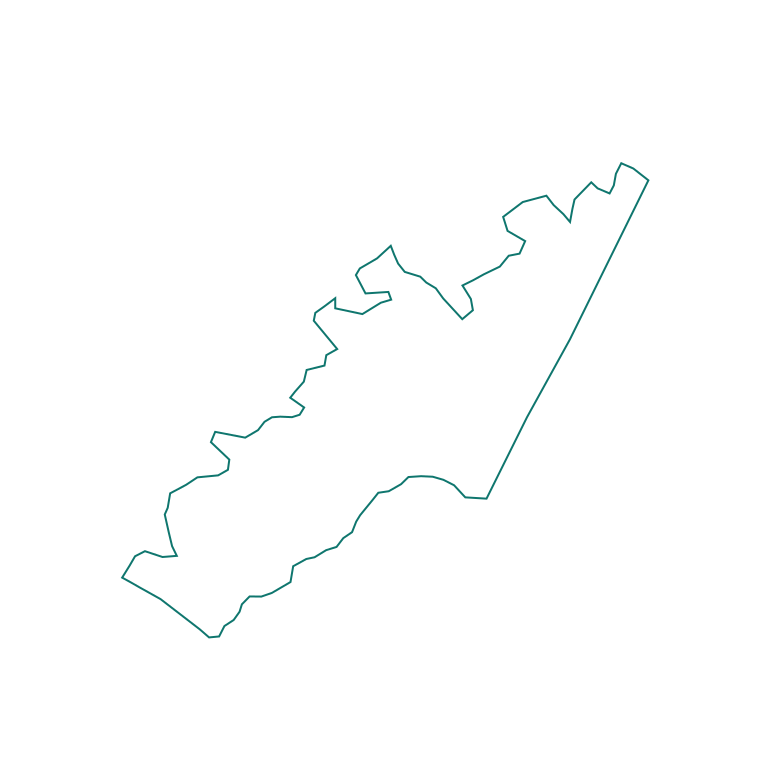 the district of Entre Rios do Oeste, Paraná, Brazil, rotated 297°
{"feature_id": "56859067B61468544872659", "entity_name": "Entre Rios do Oeste", "entity_type": "district", "adm_level": 2, "iso_a3": "BRA", "parent_name": "Brazil", "parent_adm1": "Paraná", "projection": "robinson", "projection_center": [-54.223, -24.708], "detail": "fine", "context": "isolated", "style": "outline", "palette": "teal", "viewbox_px": 768, "rotation_deg": 297, "n_neighbors": 0, "source": "geoboundaries", "source_scale": "gbopen_adm2", "svg_char_len": 1586}
<svg xmlns="http://www.w3.org/2000/svg" viewBox="0 0 768 768"><g transform="rotate(297 384 384)"><path d="M476.0,310.0L468.3,309.5L456.3,326.4L468.0,346.1L462.4,352.1L455.0,344.3L436.5,333.0L429.3,306.2L438.3,301.6L426.0,295.6L416.2,290.5L408.5,292.7L393.9,326.4L383.5,319.5L373.4,322.6L361.4,308.7L349.7,311.5L336.8,308.2L329.2,306.7L326.8,323.5L318.3,322.8L312.7,317.1L307.8,306.4L303.5,299.3L296.1,294.7L285.7,292.7L273.2,284.7L264.7,255.3L253.6,256.2L246.4,280.5L236.7,283.9L227.3,277.7L216.1,260.1L204.4,253.5L189.5,243.1L175.5,247.5L168.2,247.9L154.2,259.5L143.3,268.8L136.8,277.4L129.3,265.2L126.5,246.9L117.5,240.4L106.7,239.8L92.6,238.6L92.3,248.4L91.8,258.6L90.9,282.5L81.8,331.1L78.8,343.2L84.2,351.7L95.9,351.7L105.5,357.2L115.5,358.7L123.2,357.4L133.7,360.7L138.9,371.2L146.9,378.9L165.1,390.6L180.4,385.8L192.8,394.2L198.1,400.8L209.7,407.9L217.3,415.7L228.2,417.7L237.5,422.8L248.8,421.7L256.3,422.3L275.6,426.5L284.5,428.3L290.6,436.9L302.5,444.7L312.2,448.0L318.7,458.9L323.5,469.5L325.6,480.4L325.6,492.4L319.9,507.9L328.4,527.4L419.3,526.5L508.1,529.4L685.5,527.1L689.2,508.3L688.4,495.2L676.6,495.2L665.3,498.6L656.2,498.5L655.3,485.5L657.8,477.1L634.9,470.0L625.5,472.4L612.8,476.2L616.8,466.7L620.4,454.0L625.5,443.2L609.1,425.0L587.0,414.3L576.5,424.6L575.4,444.9L561.7,445.6L554.9,436.9L541.2,433.9L527.1,423.2L516.9,416.3L507.4,409.2L499.2,422.8L490.1,429.7L477.3,424.3L487.1,397.9L492.8,386.7L493.6,375.6L496.1,367.6L493.3,351.6L497.7,341.9L503.8,334.4L510.2,327.3L492.8,320.8L482.8,314.4L476.0,310.0Z" fill="none" stroke="#0f766e" stroke-width="2"/></g></svg>